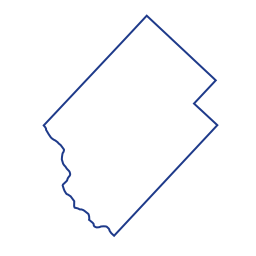 Cedar, Nebraska, United States of America (Mercator projection), rotated 223°
{"feature_id": "52423323B30279886112519", "entity_name": "Cedar", "entity_type": "district", "adm_level": 2, "iso_a3": "USA", "parent_name": "United States of America", "parent_adm1": "Nebraska", "projection": "mercator", "projection_center": [-97.262, 42.61], "detail": "fine", "context": "isolated", "style": "outline", "palette": "blue", "viewbox_px": 256, "rotation_deg": 223, "n_neighbors": 0, "source": "geoboundaries", "source_scale": "gbopen_adm2", "svg_char_len": 1058}
<svg xmlns="http://www.w3.org/2000/svg" viewBox="0 0 256 256"><g transform="rotate(223 128 128)"><path d="M96.3,222.7L190.9,222.9L190.9,191.2L191.4,72.4L189.0,72.1L187.5,71.6L186.7,70.8L181.6,69.3L178.0,68.5L176.3,68.5L174.3,68.8L172.6,69.3L169.7,69.6L168.3,69.4L165.5,69.6L160.2,68.6L159.4,67.7L158.7,66.0L158.7,65.3L158.3,64.4L156.6,61.9L155.0,59.9L152.4,58.4L151.4,57.8L150.6,57.5L149.2,57.2L147.5,57.1L145.0,56.5L141.5,56.3L140.4,55.9L138.9,54.9L138.5,54.4L138.1,53.5L137.9,50.9L137.6,49.8L136.8,48.1L136.7,47.4L137.0,42.3L136.6,41.4L133.0,39.4L131.4,38.7L128.5,37.9L127.7,37.9L126.3,38.4L123.3,38.9L117.4,37.8L114.1,34.1L112.8,33.4L112.3,33.5L111.6,34.0L109.8,35.0L108.0,35.5L107.5,35.7L106.9,36.4L106.3,36.8L104.9,37.4L103.5,37.7L98.6,38.1L98.0,38.0L96.1,36.8L94.3,35.1L93.9,34.3L89.3,34.6L87.8,34.4L86.4,33.3L85.4,33.1L84.0,33.5L83.0,34.0L81.4,35.8L80.9,36.8L80.7,37.4L79.0,39.3L77.1,40.9L76.2,41.3L73.5,41.3L72.4,41.0L71.8,40.5L71.0,40.2L68.6,39.7L64.7,39.7L64.6,191.0L96.4,190.9L96.3,222.7Z" fill="none" stroke="#1e3a8a" stroke-width="2"/></g></svg>